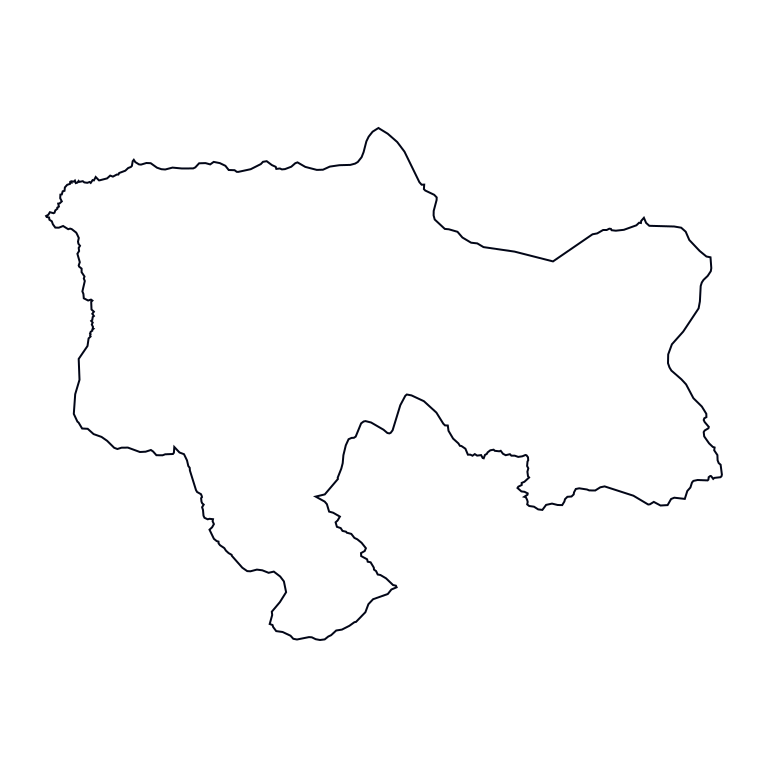 the district of Lamas, San Martín, Peru
{"feature_id": "86281439B97947490233761", "entity_name": "Lamas", "entity_type": "district", "adm_level": 2, "iso_a3": "PER", "parent_name": "Peru", "parent_adm1": "San Martín", "projection": "mercator", "projection_center": [-76.468, -6.324], "detail": "fine", "context": "isolated", "style": "outline", "palette": "ink", "viewbox_px": 768, "rotation_deg": 0, "n_neighbors": 0, "source": "geoboundaries", "source_scale": "gbopen_adm2", "svg_char_len": 6021}
<svg xmlns="http://www.w3.org/2000/svg" viewBox="0 0 768 768"><path d="M133.8,159.8L132.7,161.2L131.9,165.9L130.8,167.0L128.2,168.0L125.3,170.7L119.2,173.0L118.4,174.5L116.9,174.5L112.9,176.6L110.2,175.6L107.1,178.4L99.7,180.3L98.9,180.3L95.7,177.0L93.9,180.4L92.6,180.1L90.7,182.9L89.6,182.0L87.3,182.8L84.3,182.4L82.8,181.2L79.2,181.9L78.6,181.0L77.4,182.6L75.8,183.1L74.9,180.6L73.9,181.6L71.5,181.3L71.6,182.5L70.2,182.1L70.1,182.8L70.6,182.8L70.0,183.9L67.2,184.8L64.9,187.4L64.5,190.8L62.7,191.3L61.8,194.4L60.4,194.6L60.2,198.2L61.8,201.4L59.6,203.4L58.2,203.6L58.9,206.6L57.3,207.6L57.4,208.7L55.3,210.4L54.5,212.7L53.5,213.2L49.9,212.2L48.3,214.8L46.1,216.0L46.7,217.0L49.1,217.5L49.4,219.7L51.8,221.3L52.9,224.3L55.3,227.6L58.8,227.7L63.1,226.0L68.2,229.2L70.1,228.6L71.7,229.1L76.2,232.6L77.1,234.3L78.8,238.0L78.0,241.6L78.4,243.7L80.0,245.8L78.7,247.9L79.1,251.0L77.4,253.8L79.8,262.2L78.7,265.4L79.1,266.6L81.6,268.6L81.6,272.2L84.5,276.5L83.8,278.5L84.8,281.0L82.4,291.4L83.4,293.9L83.8,298.3L88.1,300.5L91.0,299.6L92.4,300.6L91.2,301.8L91.5,309.5L93.9,311.7L92.3,313.8L93.9,316.0L92.7,317.0L92.3,319.9L91.2,320.9L92.7,322.5L91.8,324.6L93.0,326.9L92.7,328.5L93.4,328.8L92.3,329.7L92.3,330.7L90.7,331.8L90.0,333.7L90.6,334.2L90.1,335.5L90.6,336.5L88.6,338.4L87.5,346.0L78.7,358.9L79.5,379.8L75.2,394.2L73.8,413.9L77.4,421.6L78.6,422.6L82.1,428.5L87.7,428.8L93.6,434.1L101.5,436.9L107.1,440.8L114.2,447.8L117.4,449.0L121.5,447.7L127.9,447.6L139.9,452.0L145.6,451.7L150.9,450.0L153.1,451.5L156.4,455.2L162.5,455.3L165.2,454.3L172.9,454.0L173.9,452.7L174.3,447.0L179.5,452.5L184.0,454.2L187.0,460.4L188.3,466.0L189.7,467.8L189.9,470.5L196.0,490.1L197.1,492.0L201.0,494.2L201.7,495.9L202.0,497.1L201.1,498.2L201.5,501.7L202.2,503.3L203.7,504.6L202.1,507.2L203.0,510.0L203.5,515.7L204.5,517.8L207.7,519.3L209.5,518.8L213.0,519.2L212.6,521.2L213.9,524.1L212.1,527.3L209.5,529.7L213.9,538.8L216.7,541.1L218.5,541.6L218.6,543.4L220.0,545.2L224.3,548.1L225.9,550.6L228.6,553.1L231.6,554.8L231.9,555.9L242.3,567.7L247.2,571.1L250.4,571.3L256.9,569.6L262.3,570.3L268.6,572.8L273.8,571.6L280.2,576.5L283.9,581.4L286.1,592.2L279.9,602.1L271.8,611.7L272.2,615.0L269.7,624.0L272.5,625.0L273.2,627.1L276.2,631.1L282.6,632.0L290.5,635.7L293.3,638.8L297.0,639.5L309.0,637.1L311.8,637.3L315.7,639.2L320.0,640.0L324.7,639.4L328.3,636.5L331.1,635.2L336.2,630.5L341.9,629.6L349.4,625.8L354.4,622.2L356.0,621.9L365.4,612.2L368.4,604.2L373.1,599.2L387.8,594.0L391.4,589.5L396.6,587.3L395.9,585.7L393.0,585.0L386.0,578.3L380.4,575.0L377.7,574.5L376.1,571.1L374.0,569.6L373.8,567.6L370.6,562.3L367.7,561.7L367.1,559.3L361.2,556.1L361.0,553.1L364.7,551.0L365.9,548.2L361.6,542.8L357.3,539.3L354.4,537.9L351.3,533.9L346.8,532.7L346.0,531.7L342.5,530.9L340.7,528.1L336.9,526.8L335.6,522.3L337.6,520.5L339.9,516.6L333.1,512.7L329.1,511.6L326.9,504.2L324.7,501.6L315.7,496.6L324.8,494.4L337.9,479.0L337.7,477.7L341.3,468.6L342.7,463.2L343.4,455.2L345.8,445.3L348.6,439.2L351.6,437.9L353.9,437.8L355.7,436.6L361.1,423.4L363.6,421.5L365.5,421.1L371.1,422.5L383.5,429.7L387.4,433.0L389.4,433.4L390.7,432.8L392.6,430.3L400.3,405.2L405.3,395.8L406.8,394.5L411.5,395.4L423.9,401.2L436.4,412.6L443.3,423.7L445.0,425.4L447.8,425.5L448.5,430.8L453.1,438.6L458.4,443.4L459.9,445.8L461.4,446.0L465.4,448.7L467.9,454.7L470.4,454.7L472.5,455.7L474.8,454.1L477.1,455.6L481.1,455.1L482.7,458.0L483.7,458.3L485.0,454.9L486.8,453.9L487.6,452.4L490.3,450.3L493.6,449.7L494.8,450.8L499.3,451.3L500.7,450.8L503.0,453.8L505.7,455.2L509.9,454.2L511.4,455.7L514.8,455.7L518.2,456.9L522.3,456.3L525.4,455.0L526.5,455.3L528.0,457.3L528.2,460.3L527.5,461.5L527.1,466.0L528.3,468.3L527.4,471.7L528.0,476.2L529.1,477.5L524.4,481.8L521.7,482.9L521.7,485.0L518.3,486.7L517.5,488.0L521.4,491.4L524.5,491.8L527.7,493.4L527.5,494.7L524.3,496.8L525.8,497.2L527.1,499.8L527.7,501.9L527.2,504.4L529.2,506.0L534.0,506.7L538.2,509.4L542.4,509.9L546.1,504.9L552.0,503.6L557.7,505.0L562.2,505.1L564.4,501.5L565.0,499.2L567.4,496.8L571.5,496.5L573.7,494.4L574.0,492.4L575.8,489.0L579.2,488.3L587.0,489.5L589.2,490.4L595.2,490.5L600.3,487.3L604.6,486.4L633.4,495.7L648.2,504.5L649.9,504.3L653.8,501.9L660.5,505.5L667.6,505.1L671.1,499.0L674.3,497.7L684.8,498.9L687.3,491.0L690.4,487.5L692.0,482.5L693.4,480.9L697.6,480.0L707.6,480.4L708.4,479.6L708.7,477.2L710.3,476.0L711.2,476.2L713.2,478.9L714.3,477.9L720.5,477.2L721.5,476.2L721.9,474.6L720.6,464.7L718.7,463.1L717.6,460.3L717.4,455.1L714.2,450.3L714.6,447.5L712.8,446.9L709.1,443.4L704.2,436.4L703.7,432.1L704.7,430.5L708.4,428.3L708.8,426.9L704.7,422.1L703.7,420.0L704.3,418.3L706.4,417.1L706.3,413.8L701.8,406.5L693.4,398.2L686.1,384.4L681.4,379.3L671.4,370.6L669.5,367.5L668.0,363.2L668.2,354.4L671.9,344.3L683.2,331.6L698.6,308.4L699.9,301.4L700.7,286.0L701.8,282.5L703.5,279.9L707.7,275.9L710.8,271.2L711.3,268.1L710.5,257.3L706.4,256.5L699.6,250.9L689.3,240.0L685.7,231.7L681.2,227.7L674.2,226.5L649.3,225.8L646.1,222.9L643.9,217.8L641.2,220.9L640.9,223.0L639.1,222.7L636.4,225.3L623.9,229.8L615.8,230.7L611.6,230.2L610.9,228.9L609.3,228.7L606.7,230.0L603.1,230.0L597.2,233.4L592.5,234.3L553.0,261.4L514.5,251.6L483.5,247.1L477.3,243.4L471.1,242.7L462.4,237.5L457.5,231.8L448.9,229.3L444.8,228.9L434.7,219.5L433.6,215.4L433.7,210.9L436.6,200.0L436.7,197.4L434.2,194.8L425.2,190.5L423.9,189.1L424.2,184.6L421.6,184.7L419.4,182.2L404.5,151.7L397.2,142.0L387.7,133.7L378.4,128.0L372.6,131.7L368.7,136.6L366.4,141.3L363.6,152.1L361.6,157.2L357.8,162.0L355.1,163.6L350.3,164.9L339.4,165.2L329.8,166.6L323.0,169.7L316.8,169.9L305.3,166.9L297.5,162.4L295.3,163.2L291.3,166.7L285.0,169.1L281.9,169.4L279.9,168.5L276.3,168.9L275.7,166.8L271.9,165.1L266.7,161.2L263.0,161.8L260.8,164.1L250.7,169.2L238.2,171.9L236.7,171.8L234.6,170.2L228.7,170.0L225.4,165.8L219.8,163.1L213.7,161.9L210.2,164.4L205.5,163.1L199.1,163.3L195.3,167.4L193.2,168.4L182.1,168.5L172.5,167.6L165.2,169.5L161.4,169.2L157.0,167.7L150.7,163.2L146.4,163.0L141.0,164.6L139.0,164.4L135.3,162.1L133.8,159.8Z" fill="none" stroke="#020617" stroke-width="2"/></svg>